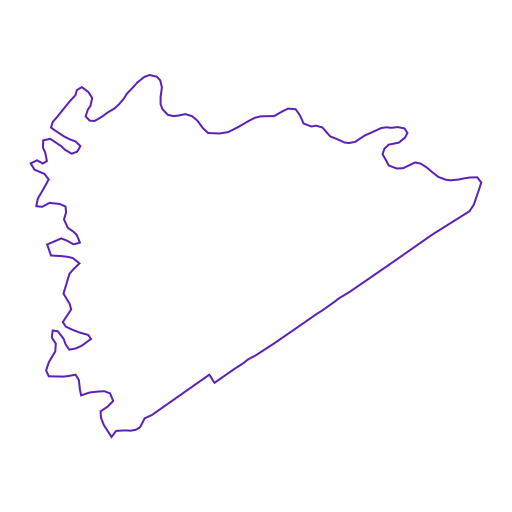 São João do Ivaí, Paraná, Brazil (Robinson projection)
{"feature_id": "56859067B54010938488243", "entity_name": "São João do Ivaí", "entity_type": "district", "adm_level": 2, "iso_a3": "BRA", "parent_name": "Brazil", "parent_adm1": "Paraná", "projection": "robinson", "projection_center": [-51.872, -24.002], "detail": "fine", "context": "isolated", "style": "outline", "palette": "violet", "viewbox_px": 512, "rotation_deg": 0, "n_neighbors": 0, "source": "geoboundaries", "source_scale": "gbopen_adm2", "svg_char_len": 2387}
<svg xmlns="http://www.w3.org/2000/svg" viewBox="0 0 512 512"><path d="M111.5,437.0L116.1,430.9L125.5,430.4L130.7,430.7L135.6,429.8L140.1,427.2L144.7,418.3L151.9,415.0L209.3,374.7L214.5,382.8L235.0,368.5L243.3,363.2L248.2,359.3L255.6,355.4L274.3,343.3L297.2,327.5L316.7,313.9L321.6,310.9L334.8,301.6L338.8,298.4L349.3,292.1L390.0,264.1L432.4,234.5L469.5,211.2L473.9,204.5L478.9,189.8L481.3,182.5L477.2,177.3L470.0,177.5L464.5,178.3L458.2,179.6L450.2,180.3L445.2,179.6L438.4,176.9L432.5,172.4L426.9,167.6L420.5,163.5L415.0,162.5L403.1,168.2L396.8,168.5L388.8,165.5L385.6,159.5L382.5,154.2L384.5,148.6L388.8,144.6L398.7,142.7L405.0,137.7L407.4,133.0L404.5,128.4L397.7,127.1L391.4,127.8L386.2,127.3L381.3,128.0L371.3,132.6L364.7,135.5L355.1,141.9L349.0,143.0L344.5,142.5L336.5,138.9L330.2,136.4L322.3,127.4L316.0,125.7L311.3,126.5L303.6,123.5L299.9,115.3L295.6,109.2L288.1,108.6L282.3,111.4L274.1,116.1L265.9,116.2L260.4,116.4L254.8,117.8L249.1,120.7L239.2,126.5L228.3,132.1L219.3,133.5L208.1,133.0L202.7,128.0L197.5,120.7L191.9,116.1L185.4,114.1L178.2,115.6L173.4,116.1L167.8,114.8L162.5,109.2L160.6,104.2L160.6,97.1L161.9,87.3L160.2,80.3L156.8,76.7L149.5,75.0L144.2,77.0L137.2,82.6L133.8,86.5L126.9,93.7L123.8,98.7L118.7,104.6L114.1,108.7L107.6,112.5L102.4,116.4L94.8,120.9L89.8,120.7L85.6,116.4L87.8,109.8L90.5,105.7L92.2,98.0L88.4,92.1L81.8,87.1L76.8,90.1L75.5,95.1L70.0,101.0L57.0,117.1L52.7,122.0L51.0,127.6L56.1,131.2L64.0,136.4L70.4,139.6L75.5,141.4L80.4,146.1L77.2,151.7L71.7,153.7L64.9,149.7L61.5,146.4L54.4,141.6L50.2,138.8L43.2,140.3L43.0,147.7L45.2,152.5L46.9,161.0L42.8,163.5L37.0,160.3L30.7,163.4L34.4,169.6L44.4,173.9L48.7,179.4L44.9,186.4L37.8,198.7L36.3,206.2L42.1,206.8L49.5,202.9L59.4,203.9L65.5,206.5L66.1,212.4L64.0,219.4L67.8,227.8L73.4,231.7L76.8,235.0L79.9,242.6L73.6,244.3L66.4,240.4L61.3,238.4L47.2,244.5L51.0,255.5L61.5,256.1L67.6,256.8L72.7,258.0L79.5,263.4L73.9,268.7L69.5,273.7L63.5,293.6L69.5,303.6L71.2,309.3L62.8,322.1L65.8,326.6L72.7,329.9L79.2,332.4L88.1,334.9L91.0,338.9L82.4,345.3L76.0,348.4L69.3,349.7L65.7,344.5L63.5,338.6L57.8,331.3L52.7,330.5L51.8,337.5L55.8,343.6L55.3,351.4L48.9,362.1L46.1,370.4L48.8,376.3L63.2,376.6L67.8,376.1L75.6,374.7L78.9,380.2L79.9,389.5L81.1,395.4L89.6,392.5L98.7,391.5L104.4,391.2L110.1,393.4L113.2,400.9L107.8,406.5L100.6,411.3L100.9,417.5L103.8,425.0L111.5,437.0Z" fill="none" stroke="#5b21b6" stroke-width="2"/></svg>